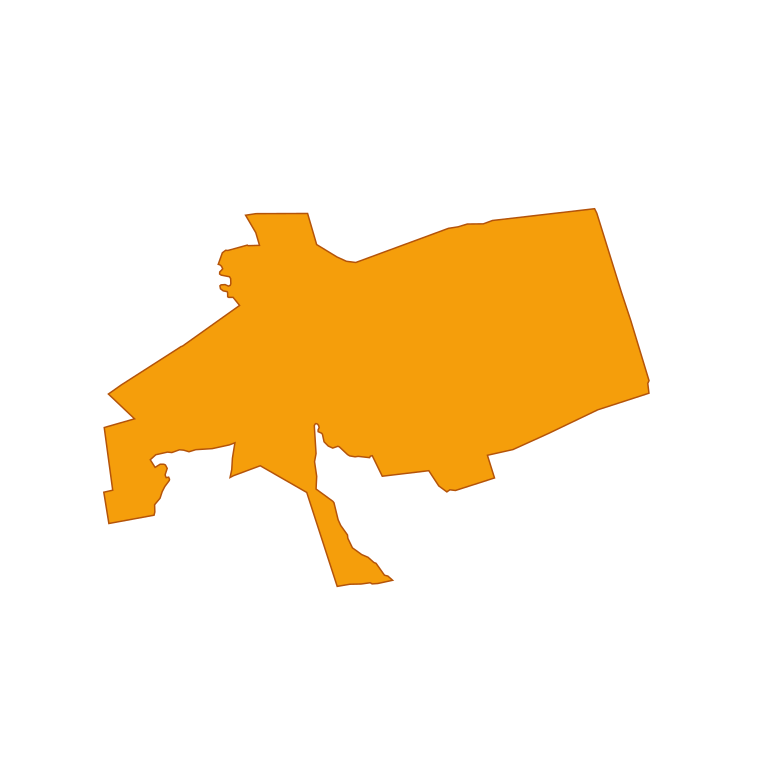 Bulbucata, Giurgiu, Romania (Mercator projection), rotated 209°
{"feature_id": "2599482B12854279400652", "entity_name": "Bulbucata", "entity_type": "district", "adm_level": 2, "iso_a3": "ROU", "parent_name": "Romania", "parent_adm1": "Giurgiu", "projection": "mercator", "projection_center": [25.811, 44.28], "detail": "medium", "context": "isolated", "style": "filled", "palette": "amber", "viewbox_px": 768, "rotation_deg": 209, "n_neighbors": 0, "source": "geoboundaries", "source_scale": "gbopen_adm2", "svg_char_len": 1971}
<svg xmlns="http://www.w3.org/2000/svg" viewBox="0 0 768 768"><g transform="rotate(209 384 384)"><path d="M241.8,355.4L259.0,371.8L239.4,389.2L215.8,421.0L184.5,465.1L147.8,504.4L153.6,512.4L153.8,515.4L199.1,559.3L220.8,579.3L280.6,636.5L284.8,639.4L368.4,579.6L374.8,572.2L388.7,564.3L395.5,557.3L403.1,551.4L467.6,476.6L476.4,473.1L486.7,472.3L510.5,473.3L533.5,496.1L578.6,470.9L586.9,464.5L569.5,454.2L560.1,444.9L569.9,439.1L570.9,439.2L585.3,425.1L587.3,424.2L589.0,420.4L587.0,408.3L585.6,408.7L583.2,408.2L580.9,406.5L582.0,402.3L581.1,400.5L579.2,400.3L571.1,402.9L569.2,401.8L566.6,397.5L566.3,395.7L567.5,394.2L571.2,393.9L574.6,391.7L575.1,390.3L573.2,388.0L569.8,387.5L566.0,388.7L565.0,388.0L563.0,384.5L561.8,384.5L558.0,386.6L548.4,382.7L578.7,319.3L579.6,318.4L613.4,255.7L620.2,241.6L585.3,232.6L607.6,210.3L569.8,159.6L576.6,153.5L557.0,128.6L521.5,157.8L522.4,161.0L526.1,167.2L524.5,175.5L525.8,182.3L526.0,188.0L525.0,195.5L525.4,196.7L527.2,198.1L529.1,196.5L530.8,197.8L531.5,198.8L532.7,205.1L535.9,207.2L537.6,207.1L540.9,205.3L543.8,200.1L551.7,204.4L549.3,211.5L540.3,219.5L536.3,221.2L531.0,227.3L527.2,229.0L521.7,230.2L516.8,235.3L502.9,244.2L489.8,255.7L485.9,260.3L480.6,245.6L475.7,235.4L473.3,227.6L471.2,230.8L452.6,252.5L399.0,251.7L326.8,184.3L316.8,192.3L307.0,198.0L299.7,203.5L297.5,203.4L292.7,206.5L281.3,216.5L287.5,217.9L290.9,217.0L304.0,223.3L306.4,223.0L313.9,224.7L320.8,224.0L332.2,225.4L340.8,231.5L342.8,234.3L353.3,239.3L358.3,243.0L370.2,255.9L371.9,256.6L392.5,259.2L398.1,270.6L407.1,282.4L409.7,290.2L424.8,313.8L424.8,315.5L424.4,316.4L422.7,316.7L421.1,316.0L419.6,314.5L419.4,311.9L418.5,310.4L414.6,310.7L413.4,310.1L408.4,304.4L402.7,302.7L397.8,303.1L394.2,307.1L392.7,307.4L381.7,304.6L379.1,304.5L374.0,306.3L371.5,308.2L360.9,312.6L361.0,314.2L359.5,315.6L340.8,302.5L302.8,329.9L286.7,321.4L276.7,320.1L275.1,323.4L269.9,325.5L241.8,355.4Z" fill="#f59e0b" stroke="#b45309" stroke-width="1.5"/></g></svg>